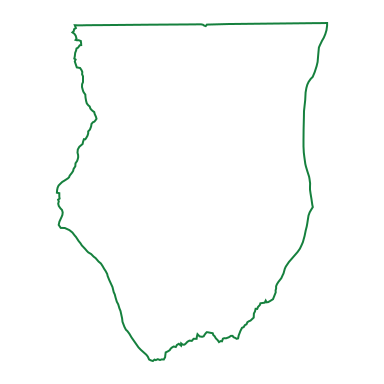 Juruena, Mato Grosso, Brazil
{"feature_id": "56859067B78925689258289", "entity_name": "Juruena", "entity_type": "district", "adm_level": 2, "iso_a3": "BRA", "parent_name": "Brazil", "parent_adm1": "Mato Grosso", "projection": "equal_earth", "projection_center": [-58.641, -10.397], "detail": "fine", "context": "isolated", "style": "outline", "palette": "green", "viewbox_px": 384, "rotation_deg": 0, "n_neighbors": 0, "source": "geoboundaries", "source_scale": "gbopen_adm2", "svg_char_len": 3604}
<svg xmlns="http://www.w3.org/2000/svg" viewBox="0 0 384 384"><path d="M149.1,359.5L150.9,360.4L152.9,361.0L154.5,359.6L155.8,360.1L157.8,359.2L160.0,360.0L161.7,359.4L163.8,359.5L165.1,357.2L165.3,355.3L165.7,352.4L167.8,351.4L169.7,350.2L170.7,348.6L172.1,347.4L173.7,346.5L175.8,347.0L176.9,345.0L178.8,343.8L181.0,345.6L181.2,343.4L182.8,344.7L184.5,344.6L185.7,343.6L187.5,341.7L189.5,340.6L191.8,340.9L193.6,338.8L196.6,338.8L196.9,336.5L197.5,334.2L199.6,336.4L202.1,336.8L203.7,336.3L204.5,334.9L205.6,333.4L206.7,332.2L208.0,332.3L210.4,332.8L212.7,333.2L213.4,335.2L214.6,336.2L215.8,338.3L217.7,340.2L219.0,342.1L220.6,341.1L222.0,341.3L222.9,338.7L224.2,338.2L226.0,338.3L228.8,337.3L230.9,335.9L232.6,335.9L233.5,337.2L235.0,337.8L236.7,338.8L238.1,338.4L238.7,335.4L239.6,333.1L240.4,331.0L242.0,327.8L243.7,327.1L244.8,325.2L246.5,324.3L247.4,322.2L249.0,321.2L250.5,320.6L253.7,317.6L253.9,313.5L255.0,311.4L255.6,308.8L257.2,308.9L258.1,306.8L259.8,305.1L260.4,303.3L262.3,303.0L264.7,302.7L265.7,300.6L266.6,302.3L268.2,302.1L270.1,301.0L273.0,299.2L275.7,292.4L275.6,290.3L276.1,288.6L276.1,286.3L276.9,284.3L278.4,281.9L281.3,278.2L282.6,275.3L283.5,273.5L284.8,268.8L285.8,266.6L288.9,262.0L297.5,252.1L299.9,248.7L301.6,245.1L302.9,242.1L304.6,235.9L305.7,230.5L306.7,226.6L307.2,223.9L308.5,215.6L309.7,212.3L311.2,209.7L312.8,207.1L312.3,204.8L311.5,199.3L310.5,193.2L310.0,189.6L310.0,186.9L310.1,183.3L309.5,178.9L309.1,176.7L307.3,171.1L305.9,166.4L305.3,163.9L304.3,156.7L303.8,152.5L303.5,146.4L303.5,140.1L303.6,129.6L303.9,117.1L304.0,111.1L304.5,106.5L305.2,100.1L305.6,92.4L306.4,87.9L307.3,84.7L308.6,81.9L310.7,78.9L312.7,76.9L314.7,72.1L316.6,66.2L317.6,62.0L318.3,53.9L318.9,47.5L319.8,45.4L322.0,40.8L323.8,37.7L325.3,34.1L326.5,30.1L327.1,25.6L327.1,23.0L320.7,23.1L318.3,23.1L231.2,24.0L229.4,24.0L206.9,24.6L205.7,26.1L204.2,25.6L202.9,24.7L200.9,24.3L193.8,24.4L148.5,24.7L102.5,25.1L86.9,25.2L83.0,25.3L77.0,25.3L74.8,25.2L75.9,28.1L74.1,29.2L73.8,31.0L72.4,32.4L74.3,33.7L75.7,35.7L76.5,38.6L75.6,39.9L77.0,40.3L78.6,40.2L80.8,41.0L81.1,43.2L81.2,45.1L79.7,45.3L78.1,47.6L76.5,48.5L76.1,50.5L75.2,52.8L74.8,56.3L74.3,58.6L75.6,59.5L74.8,61.5L75.4,63.3L76.1,65.4L76.8,67.4L80.1,68.0L81.6,70.3L82.3,72.0L82.1,74.3L83.0,76.3L83.0,79.2L83.0,82.1L82.1,84.2L82.0,87.0L82.7,89.7L83.3,91.6L84.3,93.2L85.3,94.5L85.5,97.4L86.1,100.9L86.8,103.4L88.2,105.2L89.7,106.5L90.4,108.6L91.6,110.0L93.0,111.2L94.2,112.0L94.7,114.0L96.0,116.9L96.5,118.8L95.4,120.4L94.3,121.7L93.0,122.2L91.5,123.9L91.1,126.5L89.9,129.6L88.2,131.4L88.2,133.4L87.5,135.7L86.3,137.8L85.3,139.3L83.9,139.2L83.0,142.0L82.6,144.0L80.8,145.5L79.3,146.8L77.8,149.5L77.5,152.7L78.1,155.0L78.2,157.2L77.7,159.3L77.1,161.0L75.5,163.3L75.3,166.3L73.6,168.9L73.1,171.0L72.0,172.7L69.7,175.6L69.1,177.2L68.0,178.3L66.3,179.4L64.0,180.9L62.3,181.9L60.7,183.4L58.6,185.5L57.6,187.7L57.1,190.1L56.9,192.7L59.3,193.2L59.3,196.7L59.6,198.6L58.1,199.7L58.8,201.4L58.2,203.7L58.8,206.0L60.4,208.3L62.0,210.0L62.7,212.4L62.4,214.9L61.6,216.9L59.4,221.7L58.7,224.9L60.7,227.9L64.8,228.0L69.4,230.1L72.4,232.5L74.6,235.4L76.0,237.0L78.6,241.0L80.5,243.3L81.8,245.4L85.3,249.1L87.0,251.1L88.3,252.4L91.2,254.1L93.6,256.6L95.6,258.1L98.5,261.5L100.9,263.5L102.6,266.1L104.2,268.9L105.6,271.0L107.2,274.0L107.6,275.9L109.2,279.9L112.5,287.1L113.7,292.1L114.8,294.5L115.6,297.7L116.8,301.7L118.2,304.3L119.4,308.3L120.5,311.0L122.1,318.4L122.5,321.8L124.4,326.8L125.9,329.7L127.4,331.1L129.4,333.8L131.5,337.4L138.5,347.4L140.8,349.8L146.3,354.7L147.8,356.6L149.1,359.5Z" fill="none" stroke="#15803d" stroke-width="2"/></svg>